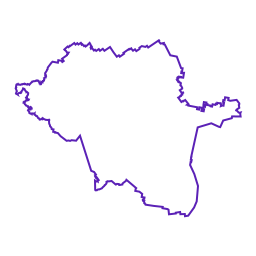 outline of Northern Midlands, Tasmania, Australia
{"feature_id": "25037944B94548184912338", "entity_name": "Northern Midlands", "entity_type": "district", "adm_level": 2, "iso_a3": "AUS", "parent_name": "Australia", "parent_adm1": "Tasmania", "projection": "albers", "projection_center": [147.154, -41.88], "detail": "fine", "context": "isolated", "style": "outline", "palette": "violet", "viewbox_px": 256, "rotation_deg": 0, "n_neighbors": 0, "source": "geoboundaries", "source_scale": "gbopen_adm2", "svg_char_len": 5600}
<svg xmlns="http://www.w3.org/2000/svg" viewBox="0 0 256 256"><path d="M159.6,39.8L148.2,47.5L147.0,45.8L145.4,46.9L141.8,46.1L139.5,47.7L139.7,48.0L139.5,49.0L136.3,51.1L135.0,49.3L133.0,50.7L131.7,49.2L131.3,48.4L130.0,49.2L129.8,48.9L128.9,49.5L128.7,49.2L123.4,52.9L124.0,53.8L119.8,56.7L118.9,55.3L116.8,56.7L113.5,52.3L110.0,47.0L104.4,50.8L102.8,48.8L100.0,50.8L98.8,49.1L96.2,50.9L95.0,49.7L93.9,50.5L92.0,47.9L91.0,48.7L90.6,47.6L91.8,46.7L91.3,45.9L90.9,46.1L90.4,44.2L89.9,43.9L89.9,43.4L89.6,42.9L87.1,45.4L85.6,46.5L84.9,45.5L84.0,46.1L82.5,44.3L81.7,44.8L81.3,44.1L81.3,43.3L80.9,42.8L78.4,44.5L77.3,43.2L75.5,44.6L74.3,43.0L69.9,46.2L69.6,45.9L68.5,47.2L67.6,46.5L64.3,49.5L64.8,50.1L65.9,50.8L67.0,52.5L68.6,52.6L67.7,54.0L68.2,53.5L68.0,53.9L67.0,54.5L67.0,55.2L62.1,58.7L63.7,61.0L62.3,62.0L61.5,60.8L58.3,60.2L57.9,62.7L52.5,61.7L51.3,62.9L47.8,67.5L47.5,69.4L47.0,69.8L46.9,70.3L46.4,71.3L45.2,73.0L45.1,73.6L45.6,74.5L45.1,75.1L45.5,75.8L46.0,75.8L46.1,76.2L45.7,76.8L45.7,77.1L45.4,77.0L44.1,78.1L44.5,78.6L44.2,79.7L44.0,79.8L44.0,80.4L43.6,80.6L43.5,81.0L42.8,81.0L42.6,82.1L42.3,81.9L41.9,82.4L41.2,82.0L41.2,83.6L41.0,84.2L40.3,84.3L40.0,83.3L39.6,83.3L39.6,83.0L39.2,82.5L38.7,81.0L38.4,80.8L38.2,81.1L37.5,80.7L36.7,80.8L36.7,80.6L36.1,80.8L36.0,80.6L34.9,81.2L33.3,81.2L32.2,82.0L32.0,81.8L29.3,84.8L28.8,84.3L27.7,84.0L27.3,84.6L26.4,84.5L25.6,84.0L25.0,84.2L24.6,83.7L23.8,84.1L23.4,83.9L22.1,84.2L21.9,84.5L21.5,84.3L20.1,84.9L19.2,84.5L18.5,84.6L18.0,83.9L17.3,84.5L16.7,84.4L16.5,85.1L16.3,85.1L15.9,87.4L16.2,87.7L15.7,88.4L16.9,91.2L16.5,91.8L15.9,93.8L15.4,94.2L16.3,93.7L17.4,94.4L17.3,94.2L17.8,94.0L18.7,93.1L19.6,92.8L20.4,93.1L21.1,92.8L21.2,92.5L20.9,92.4L21.1,92.3L21.0,92.0L22.6,90.0L23.1,88.4L24.1,88.8L24.0,89.0L24.4,89.1L25.6,91.1L26.4,91.6L26.4,92.3L27.2,92.2L28.2,93.1L28.0,94.8L27.2,95.7L27.0,97.5L26.7,97.6L26.3,97.3L26.1,97.5L26.5,97.9L26.4,98.4L27.3,99.0L27.7,99.0L27.9,99.5L28.1,99.4L28.3,99.7L28.7,99.7L28.5,100.1L27.9,100.0L27.4,100.3L27.1,99.8L25.9,100.4L25.7,100.6L25.8,100.9L25.3,101.3L25.2,101.8L24.5,102.2L23.3,101.4L23.9,102.5L23.7,102.8L24.3,103.0L24.9,104.3L25.4,104.5L26.0,105.5L26.7,105.6L27.4,106.3L28.1,106.3L28.2,107.3L28.9,107.7L30.6,106.9L31.3,107.7L31.4,108.2L31.7,108.3L31.7,108.6L31.0,108.6L30.6,109.5L29.3,109.0L28.4,109.5L28.2,110.0L28.0,110.5L28.6,110.8L29.1,111.7L29.2,112.2L29.4,112.3L29.3,112.9L30.5,113.7L31.6,113.6L31.9,114.0L32.1,113.4L33.6,113.5L34.0,113.9L34.5,113.5L34.4,114.1L34.7,114.4L34.7,114.8L35.6,115.2L36.1,116.0L37.2,116.2L37.8,117.6L38.2,118.1L38.8,118.2L39.6,119.6L40.5,119.5L41.5,118.7L41.9,118.7L42.3,119.2L42.5,119.0L42.2,118.6L42.7,118.1L43.6,119.1L44.5,119.2L45.5,119.8L48.2,120.0L49.1,119.7L49.3,120.0L49.0,121.2L49.2,123.7L50.0,125.3L50.1,126.3L51.4,127.6L51.7,129.1L53.5,129.4L53.2,131.8L55.2,132.1L55.1,132.6L57.8,133.0L60.6,136.2L66.6,140.8L68.5,140.5L70.1,140.9L71.6,140.2L76.1,140.7L80.0,135.7L91.2,170.8L94.1,172.0L95.9,174.5L95.0,175.1L95.9,176.4L95.3,176.7L96.2,178.2L97.0,177.7L98.7,180.1L98.0,180.6L98.5,181.3L97.6,180.7L97.7,181.5L97.1,181.1L96.1,181.6L95.0,180.7L95.2,189.9L95.5,190.3L96.3,190.1L96.8,190.3L98.1,189.4L99.3,189.4L101.9,188.3L102.7,187.3L104.2,186.0L104.7,185.1L105.0,185.1L106.2,183.8L106.7,182.7L106.4,181.9L106.6,181.7L107.7,181.2L108.6,181.4L111.6,181.0L115.3,184.2L115.8,184.2L116.0,184.5L116.9,183.9L118.5,184.0L119.1,184.2L119.1,184.9L119.6,185.0L122.4,184.5L122.5,183.7L122.9,183.2L125.9,180.9L126.4,179.8L136.2,188.1L135.7,188.8L135.3,190.9L139.4,191.7L142.2,193.9L141.7,197.0L144.5,197.5L144.3,198.7L143.8,198.7L143.7,199.4L142.8,199.6L142.8,200.2L143.1,200.9L144.1,201.0L143.9,201.4L144.3,202.3L144.2,203.0L144.7,203.2L144.8,203.7L145.7,204.4L145.7,204.7L153.7,205.9L162.7,206.9L162.5,208.2L167.6,209.1L168.5,209.7L169.0,214.3L175.8,213.5L175.8,212.7L180.1,212.0L180.4,214.2L184.8,214.0L185.0,216.2L188.2,215.7L194.1,207.5L196.7,201.4L198.0,186.0L194.3,174.0L190.1,165.0L190.6,162.0L191.2,162.1L191.7,160.0L190.8,159.7L191.4,156.8L191.2,156.8L197.7,127.4L211.3,123.3L218.9,126.8L220.2,127.1L223.2,120.5L231.8,118.2L232.1,116.4L240.6,116.5L240.3,114.3L240.3,113.2L240.6,112.5L239.3,112.8L238.6,112.5L237.1,110.8L236.2,110.4L236.5,109.7L239.3,107.8L238.8,105.0L239.2,104.7L239.3,103.4L236.6,99.9L230.2,100.8L228.2,100.1L228.6,97.9L225.1,97.3L224.6,100.4L223.3,100.1L223.1,101.3L223.5,101.4L223.2,102.8L224.0,102.9L223.5,105.7L222.3,105.5L220.9,106.1L221.2,104.5L220.8,104.2L220.8,103.3L220.4,103.2L220.3,103.5L217.2,102.8L217.0,104.0L215.8,103.7L215.5,104.9L212.6,104.3L212.1,106.6L211.0,106.4L211.1,106.0L210.1,105.8L210.2,105.5L207.2,105.0L207.4,104.1L206.1,103.9L206.4,102.5L203.9,102.1L203.5,104.6L205.4,104.9L205.0,106.9L204.3,106.7L204.4,105.8L203.5,105.7L203.0,109.0L204.1,109.2L203.7,111.3L201.4,110.9L202.0,107.8L199.5,107.3L199.1,109.6L197.0,109.2L197.3,107.3L188.4,105.6L188.5,105.1L187.1,104.8L188.3,103.9L185.2,100.0L183.3,101.3L183.0,100.9L181.4,102.0L178.2,97.6L180.8,96.2L180.5,95.7L182.2,94.7L181.7,94.0L183.2,92.8L183.1,92.5L182.3,92.7L181.1,92.1L179.8,90.2L182.2,88.6L182.2,87.9L181.3,86.1L180.4,85.4L180.5,84.5L180.9,83.8L180.7,82.8L179.5,82.4L179.4,82.1L179.1,82.4L178.3,81.9L178.4,81.7L178.2,81.6L177.8,80.9L177.9,80.7L177.6,80.5L177.7,79.6L177.4,79.7L177.5,79.3L177.3,79.2L177.8,78.9L177.5,78.5L177.8,78.2L177.8,77.9L178.2,77.8L178.0,77.7L178.4,77.1L178.0,77.0L178.5,76.6L180.9,76.9L180.8,77.4L183.2,77.7L184.0,72.8L182.0,72.8L181.9,73.2L181.2,73.1L181.4,71.6L182.0,71.7L182.6,68.3L181.1,68.1L176.8,56.6L170.3,55.3L164.8,44.5L163.6,44.3L163.8,43.0L160.6,43.6L158.7,41.2L159.6,39.8Z" fill="none" stroke="#5b21b6" stroke-width="2"/></svg>